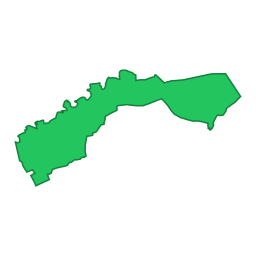 Auyo, Jigawa, Nigeria (Mercator projection)
{"feature_id": "59680162B19523503473687", "entity_name": "Auyo", "entity_type": "district", "adm_level": 2, "iso_a3": "NGA", "parent_name": "Nigeria", "parent_adm1": "Jigawa", "projection": "mercator", "projection_center": [9.962, 12.332], "detail": "fine", "context": "isolated", "style": "filled", "palette": "green", "viewbox_px": 256, "rotation_deg": 0, "n_neighbors": 0, "source": "geoboundaries", "source_scale": "gbopen_adm2", "svg_char_len": 5571}
<svg xmlns="http://www.w3.org/2000/svg" viewBox="0 0 256 256"><path d="M35.8,185.8L39.5,184.1L48.6,179.9L49.4,179.5L48.2,177.0L47.9,175.6L47.6,174.6L47.5,174.2L47.9,174.1L49.1,174.2L49.3,174.2L49.5,174.1L49.9,173.8L50.2,173.6L50.6,173.2L50.9,173.1L51.3,173.1L52.3,169.5L57.7,167.7L65.0,166.1L67.3,165.4L69.4,162.4L70.6,162.5L72.4,161.5L73.6,160.5L74.7,159.7L76.9,159.9L78.3,159.4L80.2,159.2L81.2,158.1L82.4,157.1L84.0,157.4L86.1,156.0L85.1,151.5L85.3,144.9L86.8,136.3L91.1,135.7L92.7,135.1L92.7,134.6L92.6,134.2L92.6,133.8L92.7,133.5L92.7,133.3L96.4,131.7L99.9,126.5L101.3,124.8L101.5,124.7L102.2,124.6L102.8,124.6L104.1,124.2L104.1,123.7L104.1,123.4L103.9,123.1L104.0,122.7L104.4,121.9L104.5,121.8L104.5,121.4L104.5,121.2L104.6,120.9L104.8,120.0L105.1,119.4L105.2,118.5L105.2,117.7L105.0,117.3L105.0,116.7L106.2,115.9L110.6,113.4L115.0,111.2L116.3,110.6L117.0,110.1L117.2,109.3L116.6,107.8L116.6,107.3L117.6,105.7L126.9,104.6L132.8,105.4L136.8,105.7L143.1,105.7L148.7,103.7L154.1,101.6L158.5,99.8L161.5,98.9L163.8,100.9L168.0,105.8L171.2,110.6L174.3,114.1L180.7,117.7L183.6,118.5L186.8,119.5L193.0,121.1L197.1,120.9L202.0,121.7L208.3,123.4L207.8,124.9L208.0,126.0L208.0,126.6L208.2,127.3L208.4,127.7L208.3,127.9L208.2,128.5L208.5,128.7L208.8,128.6L209.5,128.2L209.8,128.1L210.1,128.2L210.2,128.5L210.1,129.0L209.7,129.5L210.0,130.0L210.5,129.7L211.6,128.8L212.0,128.6L211.9,128.2L212.6,127.3L212.8,126.8L213.1,126.4L213.2,126.1L213.4,125.7L213.6,125.0L213.2,122.6L216.6,116.1L216.9,115.6L217.6,115.3L221.0,115.5L223.2,115.0L224.6,113.0L226.0,110.9L226.4,108.4L231.3,104.8L234.8,102.4L240.6,96.5L225.5,73.7L211.3,73.9L202.8,75.7L183.3,79.9L171.1,80.9L164.2,82.8L159.1,77.9L158.9,77.8L158.1,76.9L157.5,76.5L156.9,75.9L156.0,75.1L155.2,74.8L153.9,77.0L152.5,77.2L150.4,77.8L145.3,79.8L140.3,79.8L136.0,80.5L135.7,74.8L135.4,74.8L135.0,74.8L134.7,74.7L133.6,73.8L132.5,73.0L132.3,72.7L130.9,72.2L129.9,72.0L129.4,71.8L128.9,71.5L125.8,70.2L122.9,70.2L121.9,70.4L121.1,70.6L120.7,70.8L120.4,71.0L120.0,71.5L119.6,72.0L119.4,72.6L119.5,74.7L119.4,76.0L119.2,76.5L119.3,76.7L119.6,77.7L119.9,78.0L119.9,78.4L119.8,78.9L119.7,79.3L119.3,79.3L118.8,79.3L118.2,79.0L117.7,78.9L116.8,78.3L116.4,78.1L116.1,78.0L115.9,78.1L115.6,78.2L115.2,78.0L114.0,77.9L112.1,77.7L110.9,78.1L110.1,78.1L109.6,77.9L109.3,77.8L109.0,77.4L108.7,77.4L108.3,77.6L107.9,78.0L107.7,78.3L107.1,79.3L106.6,80.6L106.4,81.6L106.2,82.1L105.6,83.7L105.5,84.4L105.5,86.1L105.2,87.1L104.8,87.8L104.5,88.5L103.9,88.9L103.2,89.2L102.7,89.4L102.2,89.1L101.8,88.4L101.5,87.6L101.5,87.2L101.4,86.6L101.1,86.2L100.3,85.5L99.9,85.3L99.7,85.0L99.8,84.0L100.0,83.6L99.9,83.1L99.7,82.9L99.0,83.1L98.1,83.3L95.2,83.7L93.8,83.8L93.5,83.7L93.0,83.8L92.5,84.0L92.0,84.2L91.6,84.2L90.7,84.0L90.3,84.1L90.2,84.6L90.0,85.2L89.9,85.5L89.9,85.8L90.1,86.1L90.4,86.8L90.5,87.4L90.5,87.9L90.2,88.7L89.9,89.0L89.7,89.3L88.4,89.5L88.1,89.3L87.8,89.3L87.4,89.7L87.2,90.0L87.3,90.4L87.5,90.6L88.0,90.8L89.0,91.0L89.3,91.2L89.9,91.6L90.2,92.0L90.5,92.6L90.9,93.7L91.0,93.9L91.2,94.3L91.2,95.2L90.9,96.1L90.3,97.1L89.8,97.8L89.2,98.4L88.8,98.9L88.7,99.1L88.1,99.6L87.2,100.0L86.7,99.9L86.0,99.3L85.3,98.3L85.3,98.1L85.1,97.8L84.1,97.4L83.5,97.2L82.6,97.2L82.1,97.3L81.5,97.5L81.0,97.7L80.0,98.3L79.5,98.5L78.4,99.3L78.2,99.5L78.0,99.8L77.7,100.1L77.2,100.6L76.4,100.8L75.9,100.7L75.6,100.7L75.2,100.9L75.0,101.1L74.9,101.3L74.8,101.5L75.0,101.8L75.3,102.0L75.6,102.1L75.9,102.1L76.3,102.2L76.7,102.4L77.2,102.9L77.5,103.1L77.7,103.6L77.7,103.8L77.6,104.2L77.4,104.6L77.2,105.0L77.0,105.6L76.7,106.0L75.7,106.9L75.3,107.1L74.9,107.2L73.2,107.2L72.3,107.2L71.6,107.1L70.9,106.5L70.4,105.1L70.3,103.8L69.6,102.4L68.9,101.8L68.0,102.0L67.5,101.8L67.9,100.8L67.8,100.5L66.4,100.3L65.7,100.8L64.9,101.3L64.4,102.2L63.9,103.5L63.9,104.6L63.4,105.0L63.3,105.8L63.4,106.5L63.9,107.1L64.6,107.3L65.2,107.8L65.8,107.9L66.6,108.8L67.0,109.3L67.0,110.3L66.0,110.4L64.8,110.5L63.2,110.7L62.2,110.7L61.4,111.0L61.4,111.7L61.9,111.8L62.0,111.2L62.3,111.2L62.9,111.5L62.8,112.0L63.3,111.9L63.4,112.4L62.9,112.7L60.5,112.4L59.3,112.0L58.7,112.0L58.2,112.4L57.4,112.5L57.2,113.0L56.8,114.6L56.5,115.5L56.1,116.3L56.0,116.8L56.1,117.4L55.6,118.0L55.0,118.4L53.7,118.9L50.3,120.8L49.7,121.6L49.1,122.5L47.7,123.1L47.2,123.0L46.2,123.1L45.1,123.6L44.7,123.6L44.3,123.4L44.1,123.1L43.9,122.6L43.6,121.8L43.5,121.2L43.6,120.5L43.4,120.3L43.0,120.2L42.6,120.2L41.6,120.6L40.6,121.0L40.4,121.3L40.0,121.4L39.5,121.4L38.8,121.3L37.0,121.4L36.6,121.6L36.2,121.9L35.8,122.0L35.4,122.3L35.3,122.7L35.2,122.9L35.0,123.3L35.2,123.8L35.5,124.1L35.8,124.3L36.0,124.3L36.2,124.1L36.2,123.6L36.4,123.2L36.7,123.1L37.0,123.2L37.2,123.5L37.3,123.9L37.1,124.2L36.3,125.0L36.2,125.4L36.3,125.8L36.4,126.1L36.3,126.5L36.2,126.9L36.3,127.3L36.3,127.7L36.5,128.0L36.9,128.1L37.1,128.4L37.0,128.6L36.4,128.4L35.8,128.3L35.0,128.0L33.8,127.4L33.1,127.1L32.3,126.8L28.9,125.5L28.6,125.6L28.3,126.0L27.8,126.1L27.5,126.0L27.2,126.0L26.6,126.8L26.2,127.2L25.9,127.6L26.3,127.7L26.6,128.0L26.8,128.7L26.9,129.0L26.8,129.4L26.5,129.5L26.1,129.4L26.0,129.6L25.8,130.0L25.5,130.3L25.3,130.2L25.0,130.1L24.8,130.2L24.8,130.5L25.0,130.7L25.3,130.7L25.5,131.0L25.5,131.8L25.2,132.2L24.8,132.4L24.5,132.6L24.3,132.7L24.3,133.0L24.1,133.1L23.8,133.1L23.1,133.0L21.0,134.1L19.1,135.0L18.6,135.4L18.3,135.7L17.9,136.2L19.2,137.3L19.4,138.0L19.6,139.1L19.8,142.1L19.0,142.3L17.2,142.7L16.2,142.3L15.4,142.0L19.7,160.9L21.6,161.6L23.6,167.1L26.9,172.1L32.4,169.8L33.9,171.9L34.0,172.3L34.3,172.7L34.9,173.1L30.8,175.5L34.7,182.8L35.8,185.8Z" fill="#22c55e" stroke="#15803d" stroke-width="1.5"/></svg>